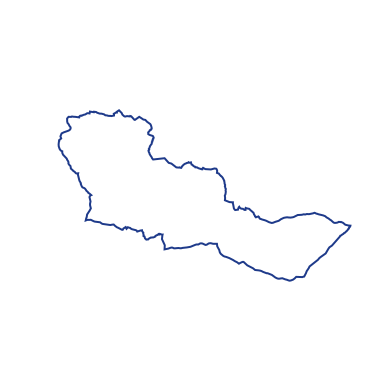 the district of Meresti, Harghita, Romania, rotated 50°
{"feature_id": "2599482B24897883933358", "entity_name": "Meresti", "entity_type": "district", "adm_level": 2, "iso_a3": "ROU", "parent_name": "Romania", "parent_adm1": "Harghita", "projection": "albers", "projection_center": [25.555, 46.251], "detail": "fine", "context": "isolated", "style": "outline", "palette": "blue", "viewbox_px": 384, "rotation_deg": 50, "n_neighbors": 0, "source": "geoboundaries", "source_scale": "gbopen_adm2", "svg_char_len": 6041}
<svg xmlns="http://www.w3.org/2000/svg" viewBox="0 0 384 384"><g transform="rotate(50 192 192)"><path d="M145.5,291.7L146.0,290.2L147.6,288.3L148.2,287.4L151.2,286.1L152.2,285.5L156.1,281.9L158.2,281.4L159.1,280.9L164.8,275.8L165.9,273.8L166.6,272.9L168.5,272.7L170.7,272.2L172.1,271.5L175.8,270.0L176.4,269.4L175.9,268.0L176.2,265.4L178.1,265.8L178.0,265.0L177.6,264.3L177.6,264.0L177.9,263.7L179.0,263.1L179.7,262.5L181.0,262.3L181.9,261.9L185.1,259.6L186.1,259.2L187.1,259.4L187.2,259.2L188.3,256.4L189.2,254.9L190.0,255.4L192.0,255.5L192.3,256.0L193.9,256.7L194.2,257.2L194.6,257.5L195.6,257.0L197.3,257.8L199.1,257.6L199.4,256.9L200.1,256.3L200.0,255.4L200.1,254.4L200.5,252.6L201.1,252.1L201.4,251.4L202.0,250.7L202.4,249.4L202.5,248.7L202.2,248.5L202.2,247.9L202.4,246.8L202.8,246.1L202.9,245.3L202.7,245.1L202.7,244.6L203.6,244.4L203.7,244.2L203.3,243.8L203.3,243.6L205.2,242.5L205.7,241.9L206.3,242.7L208.8,245.3L214.7,246.9L215.3,247.1L218.3,249.9L220.1,246.6L220.8,244.6L221.4,243.4L222.1,242.7L223.4,242.1L224.1,241.4L226.1,238.5L228.0,236.7L228.8,235.1L231.2,231.5L233.0,228.4L234.7,223.1L235.2,222.1L236.3,220.8L236.6,219.0L237.1,218.1L238.2,217.1L240.8,215.9L241.4,215.5L241.9,214.3L242.1,212.4L242.5,211.6L243.3,210.5L245.3,209.1L247.7,206.2L249.9,207.6L253.9,208.4L256.2,209.5L257.9,209.7L261.2,209.1L262.4,208.5L263.6,207.6L266.6,205.9L270.6,204.2L272.3,203.7L274.9,202.6L277.1,202.1L277.3,200.9L277.8,198.9L278.3,197.8L278.9,197.4L283.7,196.8L289.6,194.3L292.3,193.8L294.9,191.3L296.1,190.3L297.2,189.6L298.9,188.9L301.6,187.4L302.4,186.9L302.8,186.3L306.9,184.1L311.1,183.1L313.1,182.2L314.3,181.2L315.5,179.2L316.2,178.2L318.9,176.7L320.1,175.8L321.9,174.8L322.6,174.3L323.3,173.2L324.1,170.9L324.2,168.8L324.0,166.7L328.1,162.2L328.6,160.8L328.9,160.4L327.4,156.8L326.4,155.1L325.4,151.6L324.6,149.8L324.9,139.0L324.5,137.2L324.5,135.4L325.0,129.1L323.2,124.1L322.7,122.3L323.0,119.2L321.2,107.4L321.1,107.0L320.9,106.7L321.0,106.6L321.2,103.8L321.4,103.0L321.2,101.9L321.5,101.0L321.3,99.2L321.4,98.9L320.9,95.7L320.7,95.7L320.6,95.0L320.2,94.5L320.3,94.1L320.1,93.0L319.6,92.3L318.2,93.7L315.6,95.6L312.7,96.1L310.7,97.1L310.6,97.5L310.3,97.7L309.2,98.8L309.0,100.0L308.6,100.8L308.0,101.8L307.1,102.8L306.3,103.2L302.9,103.7L301.8,104.1L300.2,104.4L297.8,105.3L296.8,105.4L296.0,105.6L294.2,106.6L290.4,109.4L289.0,110.2L288.6,110.6L286.8,111.4L286.6,111.7L286.2,112.9L284.2,116.6L283.5,117.4L282.8,118.0L281.9,119.9L281.0,120.6L280.0,122.6L277.6,125.8L276.5,130.3L276.1,131.1L275.0,132.9L273.6,134.4L272.5,135.4L271.5,137.0L270.8,138.3L270.0,141.4L269.8,144.1L268.5,147.1L267.6,149.8L266.9,150.9L264.6,152.4L261.8,153.6L260.4,154.4L257.9,156.1L256.7,156.7L256.5,157.0L255.6,157.2L254.5,156.8L253.9,156.8L253.5,156.9L253.6,157.2L252.7,158.2L252.5,159.3L251.2,159.4L250.4,159.0L249.0,158.9L247.9,158.4L247.2,158.2L246.5,158.5L245.6,158.5L243.4,158.9L241.7,159.0L239.4,160.8L238.7,161.1L238.9,161.5L240.1,162.5L239.7,163.1L238.9,163.5L237.6,163.8L236.4,165.0L234.8,165.5L233.7,165.3L233.8,166.1L234.1,166.6L234.5,167.4L235.1,168.1L233.6,170.5L233.0,170.6L231.6,170.5L227.5,168.2L226.8,168.0L226.2,167.3L223.8,169.8L219.5,172.1L217.8,170.4L215.9,169.2L215.2,167.8L213.5,165.9L212.4,165.3L211.4,164.1L210.3,163.9L209.0,163.1L208.7,163.1L208.0,162.1L206.6,161.7L205.2,160.7L204.6,160.5L204.2,160.1L201.2,159.4L200.1,159.3L198.6,159.4L198.4,159.6L197.3,159.6L196.9,159.7L195.1,159.6L193.4,160.6L192.0,159.1L190.5,158.5L189.7,158.5L188.4,159.7L186.9,163.0L183.0,167.1L180.6,168.0L180.7,168.9L181.3,169.5L181.2,169.7L177.9,171.8L176.4,172.3L175.8,173.0L175.4,173.1L175.2,173.6L174.3,173.5L173.8,173.9L172.9,174.2L171.6,174.2L170.7,174.7L168.6,173.8L168.4,174.5L167.7,175.4L167.0,175.5L167.0,176.3L166.4,177.4L166.4,177.8L165.9,179.1L165.7,180.8L166.0,183.4L166.4,184.1L166.6,184.7L166.0,185.3L165.2,185.6L165.1,186.1L163.5,187.8L163.0,188.2L157.0,189.5L154.7,191.1L148.5,191.3L142.1,200.9L140.6,200.9L138.7,200.4L137.6,200.4L135.4,200.0L134.9,199.6L133.4,199.3L132.3,198.7L132.2,198.0L131.9,197.8L131.9,197.5L131.2,197.3L131.0,196.5L130.3,195.3L129.9,194.9L129.8,194.3L129.4,193.1L129.3,192.2L128.9,191.6L127.9,190.6L128.0,190.1L127.5,189.5L127.2,189.4L127.0,188.6L126.5,188.4L126.2,187.8L126.3,187.3L125.9,187.0L125.8,186.5L124.4,186.0L123.7,186.1L121.2,187.7L119.6,188.3L118.2,187.3L118.1,187.0L118.1,185.6L117.8,185.2L117.6,184.8L117.6,184.4L117.6,183.9L117.8,183.9L118.0,183.2L117.5,182.1L116.6,181.5L114.6,180.6L113.2,180.3L109.2,181.3L106.8,181.4L105.2,182.7L102.7,183.4L100.5,184.1L100.1,189.3L99.7,189.7L94.9,189.9L94.0,190.5L94.2,191.0L92.4,192.7L91.8,193.5L91.4,194.5L90.9,195.0L90.2,195.3L87.9,195.6L86.4,195.1L82.5,195.4L82.2,198.2L82.8,198.5L82.3,199.2L81.8,201.6L82.5,201.9L83.3,202.6L82.2,204.6L81.9,205.1L81.1,205.7L80.7,206.3L79.7,207.3L78.8,207.8L77.5,209.1L76.1,209.4L74.0,210.8L72.5,212.4L70.1,213.8L69.4,213.9L68.8,214.3L67.5,215.5L67.8,215.9L64.8,218.5L65.3,219.0L66.0,220.0L64.9,220.9L64.3,221.7L64.2,222.3L64.1,223.3L63.9,224.2L63.6,224.6L63.0,225.9L63.0,226.5L62.6,227.6L62.3,227.6L61.7,228.7L61.7,229.2L62.0,229.6L61.8,230.2L62.1,230.3L62.3,230.5L59.5,233.0L57.9,234.7L57.0,235.4L56.8,236.3L55.1,238.2L55.2,239.4L55.5,240.5L57.9,242.4L59.3,243.0L60.5,242.9L62.8,243.4L64.2,243.4L64.8,243.7L65.4,244.3L65.8,245.3L65.7,247.0L63.9,251.8L63.3,254.2L64.8,257.0L66.9,257.8L66.9,260.6L67.6,260.9L67.9,261.6L69.7,263.5L71.3,264.7L73.8,265.7L74.9,265.8L75.5,265.9L76.7,265.6L77.4,265.2L78.6,266.2L80.5,266.8L85.9,266.5L86.9,266.9L88.8,267.1L89.8,267.5L90.8,268.4L92.2,268.6L93.9,268.4L95.4,269.2L96.1,269.7L96.7,269.7L98.5,269.4L99.5,269.4L101.2,268.9L102.8,268.9L103.4,268.7L103.8,268.3L104.5,267.2L105.3,268.2L110.0,270.5L111.1,271.0L113.5,271.4L113.9,271.5L114.2,272.0L116.4,272.7L117.4,272.9L118.1,272.9L119.8,272.0L120.8,271.8L122.3,271.9L123.0,272.1L125.1,271.8L125.9,272.0L127.1,271.6L129.6,271.2L129.4,271.9L129.6,273.1L130.0,273.8L134.0,275.8L135.6,277.8L136.8,278.7L139.5,280.0L140.5,282.5L141.8,286.8L143.6,288.9L144.1,289.9L145.5,291.7Z" fill="none" stroke="#1e3a8a" stroke-width="2"/></g></svg>